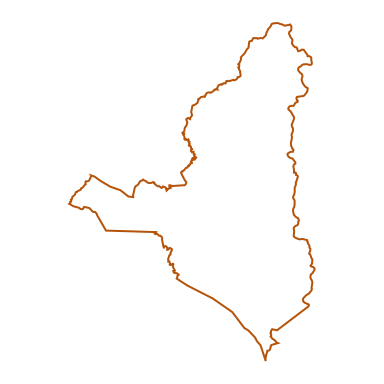 Guemon, Dix-Huit Montagnes, Ivory Coast
{"feature_id": "98640826B22329502030217", "entity_name": "Guemon", "entity_type": "district", "adm_level": 2, "iso_a3": "CIV", "parent_name": "Ivory Coast", "parent_adm1": "Dix-Huit Montagnes", "projection": "albers", "projection_center": [-7.319, 7.029], "detail": "fine", "context": "isolated", "style": "outline", "palette": "amber", "viewbox_px": 384, "rotation_deg": 0, "n_neighbors": 0, "source": "geoboundaries", "source_scale": "gbopen_adm2", "svg_char_len": 5957}
<svg xmlns="http://www.w3.org/2000/svg" viewBox="0 0 384 384"><path d="M265.7,361.0L265.5,357.6L266.1,356.1L266.0,355.1L267.1,352.4L267.3,350.8L269.0,350.5L269.7,349.9L270.6,347.6L270.8,345.8L271.4,345.0L277.9,343.1L277.0,342.7L274.0,339.6L272.4,338.9L271.4,337.2L270.6,336.7L271.2,335.4L271.1,334.2L270.4,333.1L271.0,332.2L271.0,331.2L272.2,329.2L277.0,330.3L308.3,306.5L309.0,305.1L308.6,304.4L305.2,303.0L304.0,302.2L303.2,301.0L303.0,298.8L303.7,297.8L306.1,295.3L309.0,293.5L311.5,290.4L311.9,288.8L311.5,288.1L312.4,282.7L311.9,280.6L310.5,278.0L310.4,276.6L310.8,274.6L312.8,272.8L314.7,269.2L314.5,268.4L313.4,267.2L310.7,266.2L310.5,265.8L312.0,263.7L312.4,259.5L311.3,257.8L310.3,254.7L309.1,253.6L310.2,250.9L310.4,248.9L309.5,247.7L309.5,246.0L307.7,242.8L307.7,241.4L307.0,240.9L306.9,240.0L301.6,238.8L300.8,239.3L298.6,239.2L294.6,237.3L293.7,236.2L294.2,230.7L293.6,229.0L293.9,227.7L294.7,226.5L297.6,225.0L298.3,223.4L298.2,221.8L298.8,220.9L298.8,219.8L298.0,218.1L296.5,217.5L293.9,214.9L293.0,211.0L293.2,209.0L294.3,206.7L294.6,204.4L294.6,200.4L293.1,198.0L293.3,196.1L294.1,194.8L294.7,192.3L294.7,187.6L295.9,184.7L295.8,182.3L296.2,181.9L297.9,176.6L297.4,175.4L296.0,174.9L296.0,173.5L295.7,172.7L295.3,172.5L294.1,172.8L293.9,172.6L294.1,170.2L293.3,166.3L294.1,164.4L295.4,163.7L295.3,162.2L292.4,158.5L290.1,157.9L288.7,156.8L287.9,155.8L287.4,154.2L287.9,153.4L290.1,152.1L291.5,151.7L292.8,151.8L293.5,150.1L293.3,149.4L292.5,148.9L291.2,145.9L290.9,142.9L292.0,137.6L291.5,134.5L292.7,131.9L293.0,129.8L292.9,128.2L292.0,126.7L291.7,124.8L293.7,119.7L294.1,118.0L294.0,117.2L290.7,111.5L288.4,109.4L288.3,108.2L289.5,106.5L290.5,105.9L293.6,105.9L295.4,102.8L297.5,101.9L297.8,101.0L297.5,100.3L296.9,100.1L296.4,98.1L297.0,96.9L303.7,95.9L305.2,94.4L307.4,91.3L307.7,88.3L307.4,87.8L306.4,87.5L304.9,86.3L302.8,83.3L301.9,80.8L301.6,79.2L302.5,76.4L302.2,74.8L301.5,73.7L300.5,73.2L298.3,70.5L298.1,68.8L298.9,67.3L300.6,66.5L301.9,65.1L303.6,64.3L307.0,64.2L309.3,64.9L311.1,64.7L311.6,64.3L311.9,62.7L311.3,60.7L311.3,57.8L310.8,57.0L309.4,56.2L307.6,56.2L307.4,54.9L303.7,49.8L301.8,49.6L300.2,50.7L298.1,51.2L296.7,47.4L295.0,47.2L293.2,45.5L291.9,43.4L292.5,40.0L291.7,38.5L290.6,37.4L289.0,33.5L289.3,32.0L291.1,30.4L291.3,29.2L291.4,26.3L290.1,24.5L288.5,25.1L287.1,25.2L284.7,25.7L281.6,24.2L280.4,24.1L278.6,23.3L277.3,23.0L272.7,23.5L271.7,24.0L270.5,26.5L268.0,29.3L267.4,31.0L266.7,32.2L265.8,35.4L262.7,38.4L260.6,38.0L257.5,38.7L257.1,38.1L253.2,38.1L251.8,40.9L249.5,41.4L249.2,41.9L248.5,47.7L246.9,49.3L244.8,53.1L241.2,56.9L240.8,58.1L241.0,58.7L240.8,60.1L239.3,63.2L238.4,63.9L238.3,64.4L239.2,64.5L239.3,66.1L238.3,67.5L239.1,67.9L239.0,69.3L240.2,71.1L240.1,72.8L240.5,73.9L240.6,75.8L240.3,76.2L238.8,77.1L237.6,77.1L237.2,78.6L235.4,80.0L234.1,80.3L233.3,79.8L229.6,81.1L228.8,80.8L227.4,81.2L226.5,81.0L226.2,81.3L226.1,82.5L225.3,83.5L224.1,83.1L222.5,84.2L222.2,83.9L221.9,84.1L221.8,84.6L221.4,84.8L220.6,84.4L218.8,85.1L217.8,86.6L217.4,88.0L216.4,88.8L217.1,89.5L215.6,89.4L214.7,90.1L214.4,89.8L212.9,91.4L210.6,92.8L209.3,92.3L206.7,93.0L205.8,94.8L205.3,95.1L205.0,96.6L204.5,96.9L203.5,96.5L200.8,97.2L199.2,98.9L198.5,98.9L198.1,99.3L198.4,100.4L197.3,103.1L194.3,105.1L193.3,105.2L192.4,105.8L191.2,112.1L192.1,115.3L190.1,118.1L190.1,119.1L189.4,118.8L188.9,118.1L187.9,118.0L186.2,119.3L187.3,122.3L186.8,124.7L184.7,128.1L184.2,131.6L182.4,132.8L183.0,134.3L183.8,133.8L184.2,133.9L183.7,135.1L184.5,137.1L184.4,139.1L185.1,139.7L185.9,139.1L186.5,139.9L187.0,140.0L188.2,139.3L188.8,140.2L188.4,141.5L188.8,142.4L189.4,142.3L189.2,143.1L189.6,143.5L189.0,144.7L189.5,144.9L189.1,145.7L190.8,146.4L191.2,149.3L192.1,149.2L192.1,149.5L191.3,149.9L190.8,150.8L192.0,152.3L193.5,151.8L193.6,153.2L194.6,154.2L194.0,154.5L194.3,154.9L194.1,155.7L196.2,157.6L194.9,159.3L194.2,158.2L193.3,157.8L192.6,158.0L192.2,158.9L193.2,159.1L193.2,159.8L192.7,160.3L191.4,160.7L190.9,161.9L191.0,162.3L191.8,162.6L191.9,163.1L190.5,163.4L189.8,164.8L189.2,164.9L189.1,165.9L188.8,166.0L188.5,165.6L187.9,166.1L187.4,167.6L186.0,167.8L183.8,170.5L182.6,170.9L182.6,171.5L181.6,171.8L181.1,172.5L181.4,173.7L185.0,180.6L186.3,182.0L185.9,183.9L185.0,184.9L184.6,185.2L172.5,186.0L170.0,185.2L169.5,185.3L169.2,185.4L169.5,186.5L170.8,187.8L170.0,188.3L169.5,188.0L168.9,188.3L166.6,190.6L166.2,189.2L167.0,189.0L165.5,187.5L163.0,186.4L162.5,186.8L162.3,187.6L161.5,187.9L159.0,186.1L157.6,186.3L154.1,183.4L154.4,182.8L154.1,182.3L153.0,182.1L151.3,182.9L149.9,183.1L148.1,182.8L147.2,182.4L145.6,180.9L144.3,180.5L143.1,179.6L141.7,180.7L140.1,181.3L138.2,184.4L137.3,185.3L136.1,185.8L134.8,187.6L133.1,195.2L133.2,197.1L128.4,196.5L120.4,190.2L110.5,186.8L100.4,180.8L94.6,176.6L91.2,175.4L91.4,175.7L89.2,180.4L87.7,181.3L86.7,181.5L85.9,181.3L85.3,182.8L85.7,184.3L84.8,184.9L82.5,187.7L81.2,188.3L80.9,189.5L77.5,191.3L77.2,191.8L75.9,192.1L75.0,194.5L72.3,197.1L72.1,198.7L70.9,199.8L71.3,200.7L71.2,201.3L70.1,201.9L70.4,202.6L70.3,203.3L69.3,203.8L73.5,206.3L79.1,207.8L80.6,209.1L82.0,209.2L83.0,208.9L84.1,206.9L89.3,208.0L92.9,211.8L95.3,212.1L96.8,214.0L97.1,215.2L106.0,230.6L156.3,232.1L156.1,232.8L154.9,233.7L155.8,234.2L156.3,233.9L157.2,234.0L157.9,234.4L159.0,235.8L160.0,235.6L161.6,236.7L162.3,238.5L162.0,239.6L163.6,247.2L163.9,247.5L164.4,246.3L165.0,246.0L166.6,246.7L167.1,247.7L167.3,249.8L168.6,249.4L169.0,248.2L169.6,247.9L171.6,248.8L172.0,249.8L170.3,253.4L170.6,254.4L169.3,255.4L168.2,258.8L168.1,259.6L168.5,260.2L168.3,261.6L169.4,261.6L169.6,262.0L169.6,262.7L170.1,263.5L169.7,264.6L169.9,264.9L171.0,264.9L172.4,263.9L173.2,263.9L173.4,264.2L172.8,265.5L173.3,267.8L174.9,270.5L174.6,271.0L173.4,271.0L173.7,272.3L174.2,272.8L176.7,273.2L178.6,274.5L178.6,275.0L177.5,275.6L177.1,277.9L176.7,278.6L187.3,285.5L212.8,298.5L232.3,312.1L244.4,328.1L248.1,330.2L255.0,337.4L256.9,341.1L260.6,345.4L265.7,361.0Z" fill="none" stroke="#b45309" stroke-width="2"/></svg>